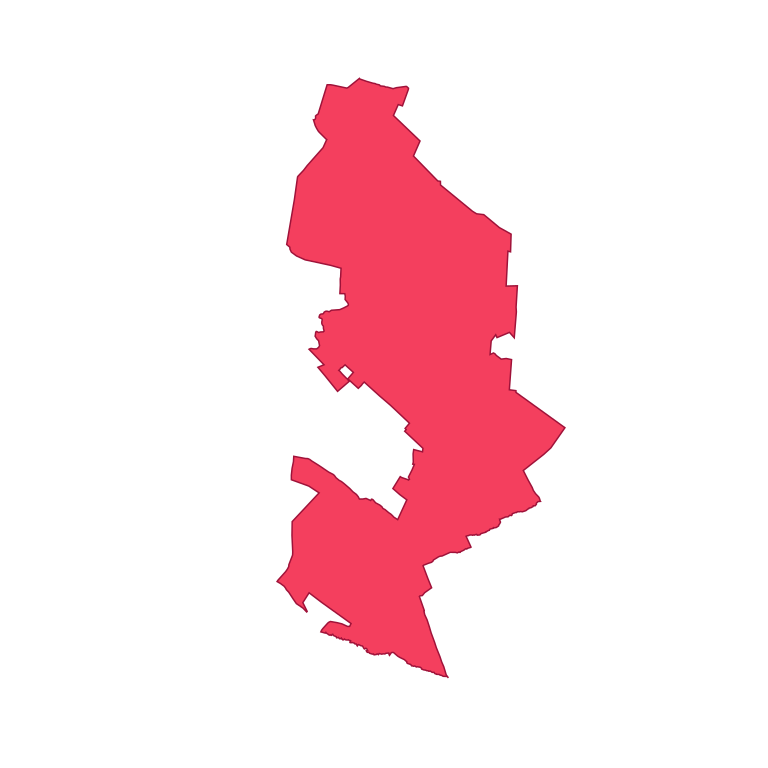 outline of Hlipiceni, Botosani, Romania, rotated 320°
{"feature_id": "2599482B72423078179164", "entity_name": "Hlipiceni", "entity_type": "district", "adm_level": 2, "iso_a3": "ROU", "parent_name": "Romania", "parent_adm1": "Botosani", "projection": "mercator", "projection_center": [27.104, 47.59], "detail": "fine", "context": "isolated", "style": "filled", "palette": "rose", "viewbox_px": 768, "rotation_deg": 320, "n_neighbors": 0, "source": "geoboundaries", "source_scale": "gbopen_adm2", "svg_char_len": 6171}
<svg xmlns="http://www.w3.org/2000/svg" viewBox="0 0 768 768"><g transform="rotate(320 384 384)"><path d="M244.4,649.8L244.5,649.8L244.7,646.8L248.1,638.9L249.5,634.1L251.6,628.8L254.6,619.6L256.8,614.2L260.1,605.0L262.6,599.3L265.4,592.4L266.9,586.9L268.6,583.6L269.0,583.7L269.3,583.3L274.5,569.5L275.3,569.4L277.4,570.7L281.0,570.0L289.5,570.7L292.5,561.4L297.1,548.3L298.0,548.3L302.8,549.9L305.7,551.1L307.4,551.2L308.8,550.6L315.0,551.5L316.5,552.1L317.9,553.1L326.5,555.5L330.5,558.9L331.6,560.5L333.4,560.9L333.9,561.8L334.2,561.9L334.6,561.6L338.4,562.6L340.6,562.7L341.1,563.0L341.3,563.6L342.7,563.7L345.4,564.9L345.8,564.9L349.0,553.4L350.5,553.9L350.9,554.3L352.7,554.8L354.4,556.3L354.6,556.8L355.8,557.3L356.0,557.8L358.1,558.5L358.4,559.0L358.2,559.7L360.4,561.2L361.3,561.2L361.6,560.9L362.3,561.0L366.5,562.9L366.8,563.0L367.0,562.7L367.7,563.0L369.3,563.2L370.7,563.8L371.1,563.4L372.0,563.3L374.7,564.7L375.1,564.8L375.3,564.4L375.6,564.4L375.8,564.9L377.8,566.1L380.6,566.4L381.5,565.7L382.6,565.5L384.3,564.8L384.6,564.4L385.1,562.6L385.6,562.5L385.7,561.9L386.7,562.6L387.7,562.7L388.2,563.0L391.7,564.0L393.7,565.5L395.9,565.4L397.1,566.7L397.9,566.6L398.9,565.8L402.6,567.2L402.8,567.6L404.3,567.7L405.5,568.9L406.7,569.5L407.8,570.8L411.2,572.2L414.0,572.3L414.9,572.6L415.5,572.3L416.9,573.2L419.4,573.7L420.1,573.2L421.4,574.4L421.8,574.4L423.4,574.1L423.5,573.8L424.4,573.2L426.4,573.1L428.3,574.4L428.3,573.9L428.6,573.8L429.6,571.4L429.9,570.0L429.6,565.4L430.0,561.5L431.0,558.6L432.7,550.0L435.1,539.8L461.1,540.6L470.7,540.2L494.5,533.8L479.7,475.3L480.8,473.9L476.3,469.0L497.4,447.3L494.0,443.0L489.8,440.3L488.4,434.4L488.4,432.1L487.8,430.6L484.2,429.6L493.8,419.9L501.2,418.1L500.4,421.1L513.3,425.1L513.5,432.3L531.8,413.8L534.6,410.0L549.3,394.5L540.5,387.5L564.3,361.9L565.9,364.1L577.7,350.9L572.9,338.3L569.3,318.4L564.3,313.1L562.8,308.5L555.2,267.9L557.5,265.0L555.7,263.0L553.1,228.3L567.8,221.0L563.8,184.4L574.5,179.1L576.9,182.8L592.0,174.0L592.9,173.2L592.6,170.7L592.2,170.2L584.0,165.0L580.8,163.6L577.5,158.8L576.2,157.6L575.6,156.2L573.0,153.5L572.8,153.2L572.8,152.1L572.5,151.5L570.9,149.5L570.3,148.1L568.9,146.5L565.1,140.8L561.7,135.1L561.5,134.6L561.6,134.1L547.1,133.8L545.7,133.4L536.8,122.0L535.2,120.2L532.8,118.2L507.2,134.8L505.0,134.6L503.8,134.7L502.6,136.3L501.5,136.9L500.2,136.8L499.8,136.3L497.4,141.9L496.7,144.9L496.2,148.0L496.2,149.8L497.1,159.5L497.3,159.9L489.2,163.8L465.6,167.3L459.7,168.6L452.0,169.5L450.9,169.8L433.8,185.2L399.1,214.6L399.8,218.6L398.6,220.4L397.8,223.5L399.3,229.7L403.4,238.2L419.4,258.8L425.5,267.7L419.7,274.0L418.0,275.4L414.1,280.2L408.3,286.4L412.0,289.6L410.9,291.7L408.5,294.3L408.4,298.7L408.0,299.9L407.3,300.7L406.4,300.8L402.0,299.8L397.9,298.6L391.1,293.7L388.5,293.4L387.1,291.5L385.9,290.7L384.3,290.5L383.2,291.0L382.2,291.0L380.7,289.9L379.1,289.8L377.2,291.0L377.1,291.8L378.3,293.8L378.2,294.5L377.8,295.2L376.1,296.6L375.2,297.8L374.8,298.9L374.7,300.8L373.3,302.5L372.2,304.9L371.0,305.0L368.9,303.4L367.0,302.5L366.2,300.5L365.8,300.2L364.9,300.5L362.6,302.6L362.0,303.0L361.5,306.1L361.7,308.8L359.3,313.2L358.1,313.7L357.1,313.9L355.0,313.8L352.7,311.9L351.2,310.1L350.3,309.5L348.9,309.2L350.4,330.7L344.1,328.7L344.1,339.9L343.7,359.8L359.0,359.6L359.1,356.4L358.9,355.5L358.4,349.1L358.4,345.7L358.1,344.5L360.5,344.3L360.8,344.0L362.0,344.1L362.5,344.5L366.5,344.3L368.0,355.4L359.6,356.8L361.5,370.8L365.9,370.5L367.7,370.0L370.1,369.8L373.0,390.7L375.3,404.6L378.3,430.4L371.6,431.6L371.7,433.2L369.5,433.5L372.5,458.3L369.9,460.7L364.6,453.3L361.4,456.2L356.2,462.7L354.5,463.9L355.6,465.1L350.1,467.9L342.9,471.0L342.3,473.3L341.0,473.3L340.8,472.6L337.4,467.0L336.9,465.4L323.6,469.8L325.0,478.9L327.0,487.4L307.3,496.7L305.9,492.1L305.9,490.5L305.6,488.0L304.9,485.6L304.1,480.9L303.2,478.7L303.5,476.6L303.0,474.1L301.2,469.6L301.2,465.7L300.7,464.4L300.3,464.2L298.9,464.7L296.7,460.1L293.7,458.4L291.2,456.3L291.8,453.8L291.9,450.9L290.9,446.6L290.6,442.0L289.3,434.2L288.7,431.4L287.7,428.9L287.0,425.0L287.2,422.1L286.9,420.5L285.0,415.9L281.7,404.3L279.2,396.6L278.6,394.0L277.7,392.2L275.8,390.4L268.4,381.4L264.7,385.3L259.4,389.5L254.4,394.3L251.5,397.8L260.8,413.9L264.3,425.7L225.2,430.4L216.2,440.8L206.2,453.9L204.0,456.3L195.1,461.2L193.5,462.7L191.0,463.7L188.1,464.5L176.8,466.1L175.1,466.6L176.4,470.1L177.5,474.7L177.4,476.9L177.0,478.8L177.2,482.3L176.2,490.6L175.7,495.9L177.9,503.7L178.2,508.9L179.0,508.8L181.3,499.3L192.4,495.8L195.8,511.0L204.8,546.3L201.9,547.6L200.2,546.2L197.6,540.7L194.6,536.6L190.3,531.5L188.4,531.0L187.2,531.0L180.1,532.0L177.9,532.5L176.3,533.3L178.9,537.1L179.8,536.9L179.7,537.7L180.3,539.6L180.4,540.5L181.2,541.8L181.9,541.8L182.3,542.8L183.4,542.5L183.9,542.8L183.9,543.2L183.7,543.7L183.7,544.4L185.0,546.9L184.6,547.7L184.6,548.1L186.2,548.8L186.3,549.1L186.1,550.2L186.5,551.0L188.0,551.2L187.7,551.9L187.7,552.3L188.1,552.6L188.0,553.6L188.7,554.0L189.7,553.9L190.2,555.4L191.4,556.6L192.3,557.0L192.6,558.3L193.3,558.9L193.4,559.4L192.4,559.9L191.9,559.9L191.8,560.2L192.3,560.9L193.8,561.9L194.1,562.6L194.7,563.4L194.7,564.6L195.7,565.4L195.7,566.0L195.3,566.6L195.2,567.5L196.5,567.2L197.1,567.3L198.1,569.7L199.0,570.7L199.1,571.2L198.7,573.1L198.6,574.1L198.9,574.6L199.9,574.6L200.3,574.8L200.6,575.9L200.3,576.8L200.2,577.5L198.9,577.0L198.7,578.4L198.8,578.9L199.9,579.7L199.9,581.0L200.3,581.7L201.5,583.5L202.4,584.1L202.3,585.1L204.3,586.3L204.8,586.2L205.4,586.5L205.7,587.7L207.1,587.4L208.6,589.5L210.0,590.2L211.2,591.4L212.3,591.5L214.5,593.0L214.7,593.4L213.9,594.6L213.8,595.4L217.0,594.5L218.3,595.3L218.7,595.9L219.6,601.4L220.4,603.7L222.5,608.4L222.6,609.9L223.0,611.3L222.4,612.1L222.3,613.0L224.1,615.9L224.2,616.3L224.0,617.1L224.1,617.9L224.6,618.2L225.3,619.3L226.2,619.7L226.7,620.8L226.8,621.5L227.8,622.0L229.7,624.3L229.9,625.1L229.9,626.1L229.6,626.6L230.7,628.6L231.9,629.9L232.6,631.3L233.4,631.9L233.6,632.7L235.0,633.8L235.5,635.8L237.0,637.1L236.8,638.3L237.0,639.0L237.7,639.7L237.6,640.1L239.7,642.1L239.7,642.8L240.9,644.4L241.4,645.9L244.2,648.5L244.4,649.0L244.4,649.8Z" fill="#f43f5e" stroke="#9f1239" stroke-width="1.5"/></g></svg>